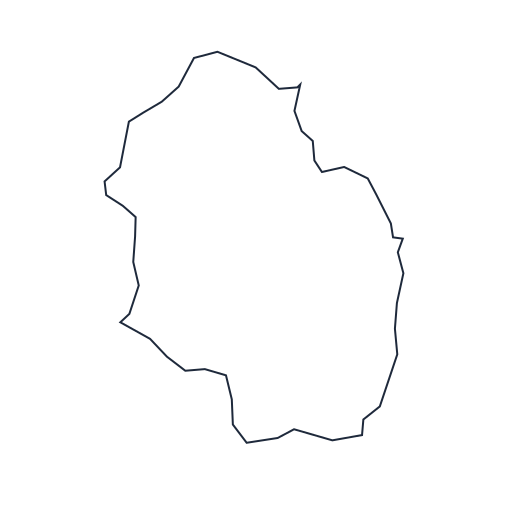 Skinnskatteberg, Västmanland, Sweden, rotated 20°
{"feature_id": "70781695B12351867111175", "entity_name": "Skinnskatteberg", "entity_type": "district", "adm_level": 2, "iso_a3": "SWE", "parent_name": "Sweden", "parent_adm1": "Västmanland", "projection": "mercator", "projection_center": [15.738, 59.815], "detail": "fine", "context": "isolated", "style": "outline", "palette": "slate", "viewbox_px": 512, "rotation_deg": 20, "n_neighbors": 0, "source": "geoboundaries", "source_scale": "gbopen_adm2", "svg_char_len": 778}
<svg xmlns="http://www.w3.org/2000/svg" viewBox="0 0 512 512"><g transform="rotate(20 256 256)"><path d="M90.6,173.2L97.9,219.2L88.2,237.7L94.4,250.0L113.7,254.4L129.6,260.6L135.7,279.0L142.7,303.6L155.9,323.8L156.8,353.7L151.2,364.7L184.8,370.1L206.8,381.1L228.8,388.0L246.6,379.8L268.6,378.4L282.3,399.0L291.9,422.3L311.1,434.7L338.6,419.6L351.0,405.8L390.8,403.1L416.9,388.0L416.7,387.3L412.8,372.9L423.8,355.0L422.4,300.1L411.4,276.8L404.5,252.0L400.4,221.8L388.0,204.0L388.0,189.5L378.4,191.6L371.6,179.3L348.2,157.3L334.5,144.9L308.4,142.2L289.2,154.5L278.2,146.3L270.0,128.5L256.2,123.0L242.5,106.5L238.9,79.7L237.2,83.4L220.3,91.1L191.2,78.9L149.9,77.3L130.0,91.1L125.4,123.3L114.7,143.2L100.9,160.0L90.6,173.2Z" fill="none" stroke="#1e293b" stroke-width="2"/></g></svg>